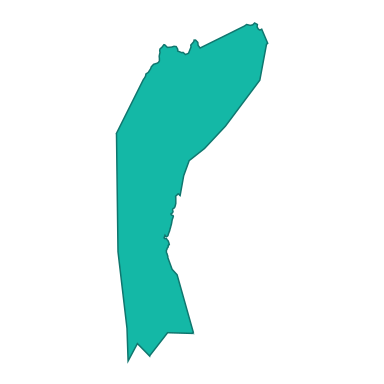 Bexon, Castries, Saint Lucia
{"feature_id": "8701671B76266155523948", "entity_name": "Bexon", "entity_type": "district", "adm_level": 2, "iso_a3": "LCA", "parent_name": "Saint Lucia", "parent_adm1": "Castries", "projection": "natural_earth1", "projection_center": [-60.975, 13.959], "detail": "fine", "context": "isolated", "style": "filled", "palette": "teal", "viewbox_px": 384, "rotation_deg": 0, "n_neighbors": 0, "source": "geoboundaries", "source_scale": "gbopen_adm2", "svg_char_len": 4123}
<svg xmlns="http://www.w3.org/2000/svg" viewBox="0 0 384 384"><path d="M261.7,29.2L259.9,30.1L258.4,29.2L257.1,26.9L257.4,24.5L254.6,23.0L252.8,24.8L250.3,25.4L246.6,24.5L244.5,26.0L200.1,48.0L198.1,45.4L197.8,42.4L195.6,40.1L194.1,40.1L193.8,41.6L190.8,45.1L191.0,47.1L188.5,53.3L185.5,54.5L183.0,52.4L181.8,52.7L177.7,51.0L177.7,49.2L176.2,46.6L174.0,46.3L171.5,47.1L167.4,47.4L164.7,44.8L163.9,44.7L161.9,47.3L160.6,48.4L160.0,49.0L159.7,50.7L160.0,52.5L159.6,54.1L159.2,56.2L159.4,58.6L159.4,61.0L158.4,62.4L157.2,63.2L153.6,64.3L151.3,66.8L150.6,68.8L148.2,72.5L146.0,73.9L145.5,76.2L144.5,78.0L143.4,79.5L116.3,133.7L116.5,134.3L118.0,251.7L127.0,328.4L128.1,361.0L137.4,343.6L149.7,356.1L149.8,355.6L167.6,332.7L192.5,333.4L192.1,333.1L192.4,332.9L192.5,332.9L192.7,332.7L192.8,332.6L193.1,332.4L193.3,332.3L177.1,274.8L172.1,269.3L167.8,257.5L167.8,256.2L167.3,254.7L167.0,253.6L166.6,253.0L166.4,252.3L166.4,251.1L166.3,250.6L166.5,250.2L167.0,249.2L167.0,248.9L167.1,248.3L167.6,247.8L168.2,246.9L168.2,246.6L168.1,245.8L168.3,245.4L168.5,245.0L169.3,244.7L169.3,244.3L169.1,244.0L169.1,243.7L168.9,243.2L168.8,242.6L168.2,241.0L167.9,240.6L167.0,239.6L166.9,239.4L166.7,239.0L166.4,238.6L166.2,238.4L165.8,238.5L164.7,238.6L164.4,238.4L164.1,237.6L164.2,237.3L164.6,236.6L164.7,236.2L164.8,235.8L164.9,235.6L165.0,235.3L165.2,235.6L165.3,235.7L165.4,235.9L165.4,236.0L165.5,236.2L165.6,236.3L165.8,236.4L165.9,236.5L166.0,236.5L166.3,236.5L166.5,236.6L166.9,236.5L167.0,236.4L167.3,236.3L167.4,236.2L167.5,236.1L167.7,235.9L167.8,235.7L168.0,235.4L168.1,235.2L168.1,234.9L168.2,234.7L168.3,234.4L168.3,234.2L168.4,233.9L168.5,233.8L168.5,233.5L168.6,233.4L168.7,233.2L168.8,232.9L168.9,232.6L169.0,232.4L169.1,232.2L169.2,231.9L169.2,231.7L169.3,231.6L169.4,231.4L169.4,231.2L169.5,231.0L169.6,230.9L169.6,230.7L169.7,230.4L169.8,230.2L169.9,229.8L169.9,229.6L170.0,229.4L170.0,229.1L170.1,228.8L170.2,228.6L170.3,228.4L170.3,228.2L170.4,227.9L170.5,227.7L170.5,227.3L170.6,227.2L170.7,226.8L170.7,226.7L170.8,226.4L170.8,226.2L170.9,225.9L171.0,225.7L171.1,225.4L171.1,225.2L171.2,224.8L171.3,224.6L171.3,224.4L171.4,224.2L171.5,223.9L171.5,223.7L171.6,223.3L171.6,223.1L171.6,222.9L171.7,222.6L171.7,222.4L171.8,222.2L171.8,221.9L171.8,221.7L171.9,221.4L172.0,221.0L172.0,220.9L172.0,220.7L172.1,220.4L172.1,220.2L172.2,219.8L172.2,219.7L172.3,219.5L172.3,219.4L172.4,219.2L172.5,218.9L172.6,218.6L172.7,218.4L172.7,218.2L172.8,218.1L172.8,217.9L173.0,217.6L173.0,217.4L173.1,217.1L173.2,216.9L173.2,216.7L173.3,216.6L173.3,216.4L173.3,216.2L173.2,215.9L173.1,215.7L172.9,215.5L172.7,215.4L172.4,215.3L172.1,215.3L171.9,215.2L171.6,215.1L171.4,214.9L171.2,214.6L171.0,214.3L171.0,214.2L171.0,213.8L171.1,213.7L171.3,213.5L171.5,213.5L171.8,213.4L172.0,213.2L172.3,212.9L172.5,212.7L172.7,212.4L172.8,212.2L172.9,211.9L172.9,211.7L173.0,211.4L173.0,211.2L172.9,211.0L172.8,210.8L172.7,210.7L172.6,210.3L172.6,210.1L172.6,209.8L172.6,209.6L172.6,209.4L172.7,209.2L172.8,208.9L173.0,208.7L173.3,208.5L173.5,208.4L173.7,208.2L173.8,208.2L174.0,208.0L174.3,207.9L174.5,207.6L174.6,207.4L174.8,207.1L174.9,206.8L174.9,206.6L175.0,206.5L175.1,206.3L175.1,206.2L175.2,205.9L175.2,205.7L175.3,205.5L175.4,205.3L175.4,205.2L175.5,204.8L175.5,204.6L175.6,204.3L175.6,204.2L175.7,203.9L175.7,203.7L175.8,203.5L175.8,203.3L175.8,203.2L175.8,202.8L175.8,202.6L175.8,202.3L175.8,202.1L175.8,201.9L175.8,201.6L175.8,201.4L175.8,201.2L175.8,200.9L175.8,200.6L175.8,200.3L175.8,200.2L175.8,199.8L175.8,199.7L175.8,199.3L175.8,199.1L175.8,198.9L175.8,198.7L175.8,198.4L175.8,198.2L175.8,197.8L175.8,197.6L175.7,197.4L175.7,197.1L175.6,196.9L175.6,196.7L175.6,196.4L175.7,196.2L175.8,196.1L176.0,195.9L176.2,195.7L176.4,195.6L176.5,195.5L176.6,195.3L176.7,195.2L176.9,195.1L177.0,195.0L177.1,194.9L177.3,194.6L177.5,194.3L177.6,194.2L177.9,194.0L178.0,194.0L178.3,194.0L178.5,193.9L178.6,194.0L178.8,194.3L179.1,194.5L179.3,194.8L179.5,195.0L179.7,195.3L179.8,195.4L180.1,195.6L183.7,175.7L189.2,160.6L204.6,148.4L225.4,126.2L259.8,80.2L266.5,44.3L267.7,43.3L261.7,29.2Z" fill="#14b8a6" stroke="#0f766e" stroke-width="1.5"/></svg>